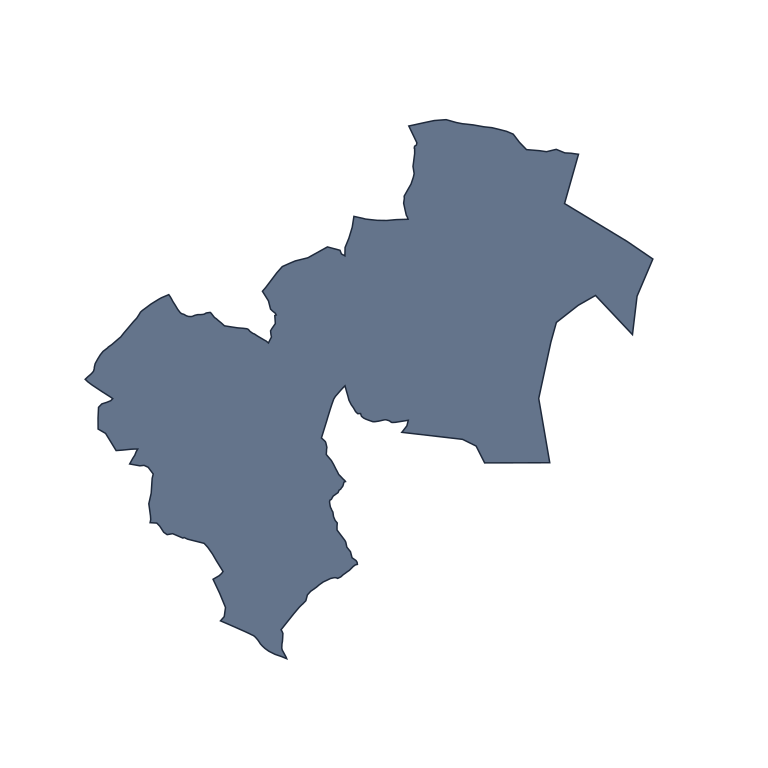 Aboh-Mbaise, Imo, Nigeria, rotated 257°
{"feature_id": "59680162B96723309662383", "entity_name": "Aboh-Mbaise", "entity_type": "district", "adm_level": 2, "iso_a3": "NGA", "parent_name": "Nigeria", "parent_adm1": "Imo", "projection": "orthographic", "projection_center": [7.239, 5.423], "detail": "fine", "context": "isolated", "style": "filled", "palette": "slate", "viewbox_px": 768, "rotation_deg": 257, "n_neighbors": 0, "source": "geoboundaries", "source_scale": "gbopen_adm2", "svg_char_len": 4545}
<svg xmlns="http://www.w3.org/2000/svg" viewBox="0 0 768 768"><g transform="rotate(257 384 384)"><path d="M301.5,124.9L299.6,131.3L296.0,133.5L289.1,136.0L286.0,138.8L285.7,144.4L279.1,153.4L279.4,154.7L277.0,157.7L269.2,172.9L264.6,175.5L257.0,178.6L249.5,180.9L237.5,185.0L235.9,183.1L234.3,180.3L232.2,173.5L217.0,176.8L201.9,179.3L193.3,176.0L190.0,171.4L186.2,176.6L174.3,192.5L170.8,197.0L169.5,198.5L168.5,199.9L167.2,201.1L165.2,202.3L162.9,203.5L160.6,204.4L158.6,205.1L156.1,206.5L153.0,208.6L149.5,211.7L145.1,217.0L141.3,223.1L138.2,227.4L139.8,227.2L142.3,226.5L145.2,225.7L147.6,225.0L149.7,225.0L153.7,226.1L156.2,227.2L159.5,228.2L161.7,228.8L163.7,229.4L166.0,229.0L167.7,228.4L180.5,244.5L185.6,251.3L187.4,254.2L188.0,255.4L188.8,256.6L190.4,259.1L195.7,261.9L198.5,265.9L201.2,272.5L202.9,275.7L204.8,280.3L205.7,284.6L206.5,288.0L206.5,291.9L206.0,293.8L205.0,295.1L205.8,298.6L207.4,301.4L208.3,303.7L209.2,305.7L210.2,308.3L212.0,311.2L213.1,312.9L214.2,315.4L214.2,317.5L216.3,317.7L218.3,317.0L221.9,313.8L228.2,313.6L233.4,311.1L238.5,311.2L240.4,310.7L249.8,306.5L252.3,305.4L255.9,306.2L259.1,307.2L262.1,305.7L266.1,305.0L270.7,305.4L272.9,304.7L274.1,304.6L275.5,304.2L276.8,304.1L279.0,304.2L280.3,304.3L281.7,304.5L283.0,305.2L283.4,306.6L283.9,307.2L285.0,308.1L286.3,309.4L287.0,311.2L287.8,313.0L288.5,314.8L290.7,316.4L291.2,318.0L292.2,319.0L293.2,320.3L293.9,321.0L295.4,321.9L296.7,322.5L297.6,323.3L297.6,324.5L298.7,324.1L300.7,322.7L303.3,321.2L306.1,319.5L307.9,319.1L309.9,318.6L312.0,318.0L317.0,316.8L321.3,315.5L324.4,313.9L326.9,312.6L328.4,311.9L331.2,312.8L333.1,313.3L335.1,314.1L336.8,314.1L339.7,314.1L341.0,313.9L342.2,313.2L343.9,312.0L345.5,310.9L361.3,320.1L364.0,321.6L371.9,326.2L376.2,328.8L380.7,331.7L382.9,333.9L387.6,340.4L389.4,343.0L391.0,345.6L385.6,345.8L380.2,346.1L376.1,346.2L371.2,347.4L367.6,348.9L363.5,350.1L361.0,351.7L360.5,354.5L357.6,354.8L355.4,356.5L353.9,358.3L351.9,361.3L349.8,364.6L349.3,366.7L349.0,370.3L349.0,370.7L349.0,372.1L349.0,375.0L349.0,376.3L348.7,377.9L346.9,381.0L345.4,382.2L344.7,383.1L344.1,386.3L343.2,399.5L338.1,396.9L332.9,390.5L312.4,448.1L302.8,459.8L284.5,464.3L270.0,527.8L335.1,531.5L387.2,556.0L405.2,565.8L417.0,591.0L422.7,610.0L376.2,637.2L412.6,650.3L445.3,674.1L468.5,652.7L519.2,600.5L564.1,625.2L565.4,621.7L566.8,618.1L568.5,612.2L573.9,604.6L573.8,594.6L576.4,587.9L580.3,575.6L589.1,570.3L598.4,566.1L602.6,560.3L606.1,553.6L609.5,546.8L612.1,539.3L616.4,529.2L618.8,522.4L619.8,519.4L619.9,519.1L622.0,514.4L622.5,513.3L627.6,504.0L628.5,498.2L629.4,492.3L629.6,483.0L629.7,475.0L629.7,472.9L629.8,466.2L611.6,470.3L609.5,469.3L608.8,467.3L607.0,466.5L606.5,466.8L601.6,465.7L593.5,462.7L589.5,461.2L582.2,460.7L578.9,459.1L572.7,455.3L569.5,452.3L562.5,445.9L560.1,445.5L555.8,443.8L548.9,443.7L543.4,443.7L541.5,444.3L539.1,444.5L541.4,433.0L542.7,423.5L545.0,414.2L546.9,408.7L548.9,403.0L550.1,400.8L554.1,392.4L543.9,388.3L534.0,382.6L525.8,376.8L517.7,374.7L520.3,371.8L524.2,371.2L530.3,359.7L524.1,338.1L523.9,325.2L522.8,319.0L521.3,311.3L516.5,304.6L504.7,290.5L501.7,286.4L496.5,288.2L491.0,290.1L482.5,290.3L480.3,291.7L477.4,294.0L475.5,294.5L475.3,293.0L471.5,292.4L467.3,291.7L463.3,287.3L461.3,285.4L457.9,285.0L455.1,284.9L450.0,280.6L452.5,278.7L453.4,277.6L455.9,275.0L459.2,271.5L461.9,269.0L462.8,267.6L465.5,265.2L467.7,264.1L468.7,262.8L470.0,259.2L471.6,254.1L474.0,248.0L476.6,241.6L480.1,239.2L483.3,236.7L485.3,235.3L486.9,233.8L489.0,232.8L491.9,231.5L492.9,230.7L493.2,226.7L492.5,224.6L492.6,222.8L492.9,220.7L493.5,218.3L493.5,215.2L493.0,212.5L493.1,211.3L493.8,208.7L494.9,206.8L496.9,204.7L498.0,202.7L499.4,201.5L503.1,199.8L507.8,198.3L512.0,196.8L514.4,196.2L517.0,195.4L519.5,194.4L518.1,186.5L517.3,183.7L514.4,175.1L512.5,170.8L510.8,166.9L510.1,165.2L508.8,162.9L506.7,160.9L503.8,157.9L501.2,154.0L495.8,146.8L492.1,141.8L489.0,138.0L488.2,136.3L486.2,132.5L483.7,127.8L482.0,123.6L481.4,122.9L479.0,117.6L476.4,114.3L473.1,111.0L468.9,107.2L465.5,105.5L464.0,105.1L461.8,103.8L460.7,102.4L459.4,100.4L457.8,97.3L455.8,93.9L452.6,96.0L448.7,99.3L445.2,102.6L439.5,108.0L432.6,114.8L430.7,116.4L429.2,114.0L428.5,109.7L428.1,104.6L425.5,100.6L415.1,97.7L404.4,95.3L398.5,101.6L389.0,104.8L379.4,108.0L378.4,114.5L377.3,123.1L376.7,126.4L376.0,129.4L373.9,127.4L370.6,125.1L368.1,122.5L363.3,118.2L359.2,127.7L358.7,131.9L355.9,135.5L348.2,138.9L344.3,136.9L330.0,132.6L320.2,127.9L308.1,126.8L304.4,126.2L301.5,124.9Z" fill="#64748b" stroke="#1e293b" stroke-width="1.5"/></g></svg>